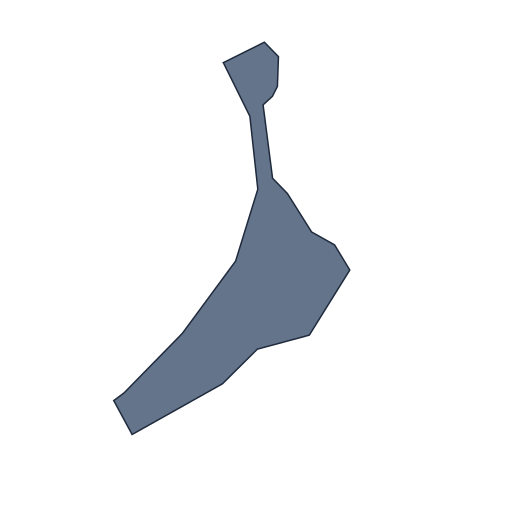 the border of Podčetrtek, rotated 197°
{"feature_id": "SVN-213", "entity_name": "Podčetrtek", "entity_type": "Municipality", "adm_level": 1, "iso_a3": "SVN", "parent_name": "Slovenia", "parent_adm1": "", "projection": "albers", "projection_center": [15.593, 46.135], "detail": "fine", "context": "isolated", "style": "filled", "palette": "slate", "viewbox_px": 512, "rotation_deg": 197, "n_neighbors": 0, "source": "natural_earth", "source_scale": "10m", "svg_char_len": 454}
<svg xmlns="http://www.w3.org/2000/svg" viewBox="0 0 512 512"><g transform="rotate(197 256 256)"><path d="M349.8,76.1L342.1,86.6L303.8,160.5L274.0,245.2L273.8,320.4L302.7,387.8L343.8,431.4L343.6,431.5L310.5,462.9L292.8,453.2L285.1,424.4L287.0,413.5L293.4,402.6L262.9,335.2L244.2,324.9L209.8,295.2L184.1,289.6L162.2,270.0L181.9,195.9L227.5,167.3L250.7,124.0L322.3,49.1L348.8,75.2L349.8,76.1Z" fill="#64748b" stroke="#1e293b" stroke-width="1.5"/></g></svg>